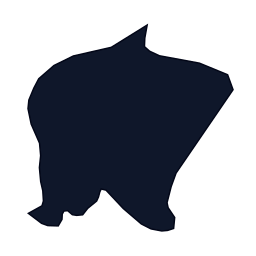 an SVG outline of Cerkno, rotated 5°
{"feature_id": "SVN-1010", "entity_name": "Cerkno", "entity_type": "Municipality", "adm_level": 1, "iso_a3": "SVN", "parent_name": "Slovenia", "parent_adm1": "", "projection": "orthographic", "projection_center": [13.959, 46.128], "detail": "fine", "context": "isolated", "style": "filled", "palette": "ink", "viewbox_px": 256, "rotation_deg": 5, "n_neighbors": 0, "source": "natural_earth", "source_scale": "10m", "svg_char_len": 753}
<svg xmlns="http://www.w3.org/2000/svg" viewBox="0 0 256 256"><g transform="rotate(5 128 128)"><path d="M229.3,80.7L179.8,168.7L176.1,182.6L173.4,199.0L174.9,203.9L182.3,213.1L182.2,224.1L176.3,226.6L170.6,227.6L159.7,226.5L149.6,222.4L130.3,208.6L111.5,191.8L106.6,191.1L105.5,194.0L104.6,199.3L103.1,203.5L94.9,211.5L90.4,218.4L84.5,219.5L80.1,219.2L75.1,215.6L71.4,216.3L70.0,219.5L70.2,224.8L67.0,231.6L56.6,232.2L50.2,230.5L36.2,221.7L49.1,213.0L50.1,208.1L48.6,198.0L45.7,189.0L43.2,175.2L43.4,163.2L41.2,150.8L31.2,132.5L26.7,117.4L26.8,108.8L30.7,96.5L34.8,86.7L48.8,72.2L67.3,61.0L104.3,49.1L138.1,23.8L136.9,37.0L137.3,45.5L142.8,49.6L152.9,53.3L193.6,57.2L222.6,66.3L229.3,80.7Z" fill="#0f172a" stroke="#020617" stroke-width="1.5"/></g></svg>